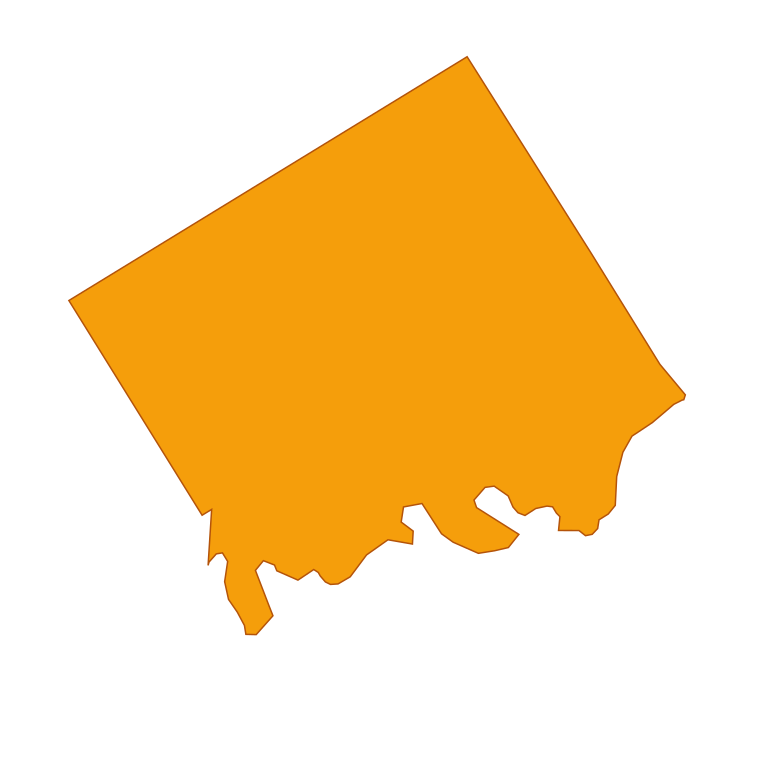 the district of White, Illinois, United States of America, rotated 58°
{"feature_id": "52423323B26696350989673", "entity_name": "White", "entity_type": "district", "adm_level": 2, "iso_a3": "USA", "parent_name": "United States of America", "parent_adm1": "Illinois", "projection": "mercator", "projection_center": [-88.022, 38.074], "detail": "fine", "context": "isolated", "style": "filled", "palette": "amber", "viewbox_px": 768, "rotation_deg": 58, "n_neighbors": 0, "source": "geoboundaries", "source_scale": "gbopen_adm2", "svg_char_len": 1082}
<svg xmlns="http://www.w3.org/2000/svg" viewBox="0 0 768 768"><g transform="rotate(58 384 384)"><path d="M383.1,139.0L150.5,140.1L146.2,607.0L398.9,607.8L399.0,596.6L444.6,629.3L442.3,626.8L439.2,616.2L441.6,610.5L451.6,610.6L467.2,623.9L484.3,630.0L499.6,629.3L514.8,630.3L523.1,633.8L528.8,625.2L521.7,601.0L510.9,599.0L473.9,591.8L469.9,579.9L479.5,572.8L485.6,573.9L504.7,560.9L504.1,541.9L509.0,539.6L513.0,539.8L520.8,538.6L525.6,535.6L529.2,528.9L529.6,514.8L519.7,489.4L518.2,463.2L534.8,444.7L524.2,437.2L510.2,442.6L498.6,432.6L505.5,415.1L541.5,414.6L554.8,409.2L577.6,393.7L584.0,378.6L588.6,365.2L583.0,349.3L537.9,371.0L530.1,369.2L525.2,353.1L529.0,344.7L544.7,338.0L556.7,339.8L564.2,338.6L570.2,334.1L570.0,321.3L573.9,310.5L577.5,306.1L584.8,306.2L589.7,305.1L600.7,313.6L611.6,296.3L619.4,293.5L621.8,287.1L619.8,279.4L613.1,273.6L613.1,262.7L609.5,252.2L585.8,235.7L568.5,217.6L559.6,201.3L558.9,176.6L558.5,174.1L556.4,159.7L554.8,149.0L555.6,139.9L556.2,138.1L552.9,134.2L513.5,139.6L383.1,139.0Z" fill="#f59e0b" stroke="#b45309" stroke-width="1.5"/></g></svg>